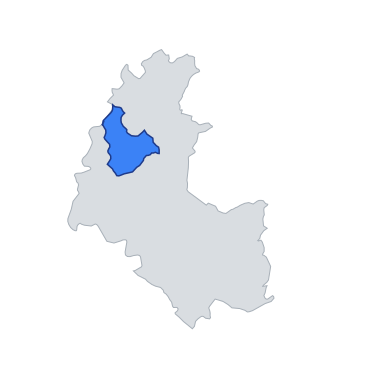 where Kankan sits in Guinea, rotated 217°
{"feature_id": "GIN-5641", "entity_name": "Kankan", "entity_type": "Prefecture", "adm_level": 1, "iso_a3": "GIN", "parent_name": "Guinea", "parent_adm1": "", "projection": "robinson", "projection_center": [-8.816, 10.042], "detail": "fine", "context": "in_parent", "style": "filled", "palette": "blue", "viewbox_px": 384, "rotation_deg": 217, "n_neighbors": 0, "source": "natural_earth", "source_scale": "10m", "svg_char_len": 4900}
<svg xmlns="http://www.w3.org/2000/svg" viewBox="0 0 384 384"><g transform="rotate(217 192 192)"><path d="M229.9,250.3L227.2,249.9L226.0,250.5L222.4,255.2L220.2,257.1L216.9,256.5L215.7,256.9L214.8,256.3L216.0,253.7L217.7,248.5L222.2,243.3L222.2,242.2L220.4,239.2L218.6,235.0L218.6,230.6L218.2,227.4L214.3,226.5L213.6,225.9L213.5,224.9L215.7,219.3L215.9,218.2L215.6,217.2L213.2,214.4L209.5,209.1L203.1,198.3L200.7,196.1L198.4,192.8L197.5,190.7L195.1,189.9L172.7,190.1L172.3,192.9L164.6,194.8L159.8,192.6L154.6,193.9L152.0,195.3L150.0,201.6L148.9,202.9L147.7,205.8L146.7,207.3L145.5,210.4L143.0,214.8L140.3,217.7L135.9,219.2L134.4,223.9L133.4,225.6L131.7,227.0L129.8,227.9L126.2,227.0L124.1,227.8L123.8,226.6L124.9,222.9L124.0,221.0L120.5,217.2L120.2,215.3L119.1,213.0L114.5,208.0L110.1,208.3L111.4,204.2L111.3,198.7L109.9,195.7L110.2,192.7L109.4,192.9L108.0,195.0L105.7,194.3L100.9,191.0L98.6,187.9L98.3,185.2L97.8,184.2L96.3,184.7L93.4,184.7L84.4,179.9L78.0,167.8L77.9,165.1L78.9,160.4L78.7,159.2L75.7,162.3L75.2,160.2L72.9,155.4L72.3,152.6L70.1,151.3L68.4,151.1L67.1,152.0L65.3,157.7L64.0,157.7L62.6,156.5L62.9,152.2L66.4,147.0L72.3,133.6L74.4,130.6L75.7,129.5L78.4,129.4L83.8,127.6L90.4,123.5L95.4,123.8L101.3,123.3L109.1,120.4L109.2,111.5L108.9,109.5L106.2,107.7L104.6,106.2L103.2,104.2L101.6,102.8L101.6,101.3L105.1,99.4L108.2,99.4L109.3,98.7L110.0,97.4L110.9,94.2L111.3,90.8L109.2,86.2L109.4,83.0L120.7,83.4L126.9,84.3L132.0,84.6L132.8,85.3L132.1,88.5L132.7,90.3L134.5,90.8L137.3,88.6L138.8,89.1L142.0,91.8L144.9,92.6L148.1,94.1L151.2,94.9L153.9,94.8L155.9,96.3L159.7,96.8L164.6,94.8L168.4,94.0L173.8,93.8L176.6,94.4L184.8,92.9L191.3,93.7L190.3,94.8L187.3,101.9L187.7,103.2L194.2,109.3L195.8,109.7L197.6,108.9L200.4,106.1L202.6,103.1L204.8,101.6L207.3,101.7L209.3,103.8L213.9,112.8L215.1,113.9L216.2,113.9L218.3,112.2L219.3,110.3L223.6,104.3L230.3,101.4L246.3,108.2L248.6,108.7L250.0,108.2L252.0,104.2L258.0,100.7L260.8,99.8L262.5,99.7L263.1,98.6L263.4,96.9L263.1,95.3L261.2,92.2L261.2,91.3L262.2,90.7L264.5,90.3L267.5,90.6L270.8,91.9L273.5,93.8L275.1,96.1L278.0,105.5L281.4,113.0L281.3,122.9L282.8,123.9L284.4,124.4L285.1,125.2L286.8,129.3L288.3,130.5L290.2,130.7L293.6,133.4L295.8,134.4L296.1,135.2L296.1,136.3L295.2,137.7L291.9,140.4L290.2,142.8L286.8,148.4L286.7,149.5L287.4,150.2L288.8,150.4L290.3,150.0L293.5,147.9L295.9,148.6L298.3,150.2L299.1,151.8L299.4,154.0L298.8,156.8L298.7,159.9L299.5,165.1L300.8,170.4L302.0,172.3L309.9,176.9L310.6,178.7L311.0,180.6L310.5,183.3L309.7,184.8L305.3,188.9L304.7,190.9L305.0,194.5L305.3,209.9L307.0,212.5L309.1,213.9L313.8,213.1L313.7,217.4L313.0,222.2L315.8,223.7L317.2,225.2L318.0,226.5L313.6,229.1L312.3,230.6L311.8,234.6L311.9,238.3L317.8,240.9L320.0,244.0L321.0,247.2L321.4,253.3L320.9,254.7L319.4,254.7L316.4,251.0L311.8,250.6L308.4,249.9L302.8,250.4L301.8,251.5L301.2,259.6L302.5,260.9L305.2,262.5L307.0,263.1L308.5,262.9L309.6,263.9L309.8,266.6L309.1,268.5L307.6,270.3L305.7,275.0L306.1,279.3L302.9,286.1L302.0,287.4L297.8,286.1L295.1,285.6L293.1,287.4L290.3,284.7L289.8,282.6L288.8,282.2L287.0,282.2L285.3,283.3L284.5,285.5L284.1,289.9L281.1,294.0L278.9,299.2L276.4,298.7L275.8,299.3L273.2,300.7L270.9,301.0L270.3,299.7L268.9,298.5L267.4,296.4L265.7,294.6L262.5,293.3L261.2,293.9L259.7,293.8L258.7,293.1L258.8,292.0L260.5,289.3L261.5,286.8L262.0,284.1L262.0,281.5L261.1,277.9L259.7,275.0L259.3,273.4L259.5,271.0L259.1,268.8L258.7,267.6L258.0,263.4L257.1,262.7L256.6,259.3L256.8,255.9L255.5,254.6L253.5,253.6L252.4,252.3L251.7,250.8L251.0,250.4L250.3,250.4L249.8,251.4L249.1,251.6L248.0,248.4L247.5,248.2L246.7,249.0L237.6,252.5L236.4,249.5L234.7,248.9L231.6,250.2L229.9,250.3Z" fill="#d9dde1" stroke="#a8b0b8" stroke-width="1"/><path d="M304.8,191.8L304.0,192.1L304.0,192.5L304.1,192.9L304.3,193.2L304.4,193.3L304.6,193.3L304.8,193.4L304.9,193.6L305.0,194.3L305.0,194.5L304.8,194.6L304.7,194.8L304.8,195.1L305.0,195.2L305.7,195.1L305.8,196.0L304.5,206.4L304.5,206.8L304.5,207.6L304.6,208.5L304.8,209.3L305.0,209.9L307.1,213.2L307.7,213.9L304.9,213.7L302.7,214.9L300.6,216.1L298.9,216.4L296.6,215.2L295.1,214.7L293.3,214.5L293.8,211.5L293.5,208.9L291.8,206.4L290.1,204.7L288.0,203.8L286.5,203.1L282.9,202.8L281.5,202.5L280.7,200.9L279.1,200.2L274.2,200.5L270.7,202.6L268.8,204.3L267.5,209.9L267.2,212.7L262.9,211.1L255.7,211.4L252.9,208.3L251.7,208.1L251.4,208.1L248.5,207.5L245.7,207.7L243.6,205.9L241.4,203.0L242.6,202.2L245.1,201.7L246.4,199.8L247.7,198.9L247.8,196.7L249.0,194.9L250.4,193.7L250.7,189.7L249.8,187.9L249.8,181.7L251.0,178.5L251.6,172.3L253.3,170.2L257.1,165.7L258.9,162.7L260.1,160.9L261.9,159.8L264.5,160.9L267.5,161.6L269.4,162.6L276.3,163.2L276.6,167.4L276.9,169.7L278.6,171.8L280.1,172.4L282.6,173.0L283.9,174.1L284.5,176.5L284.7,178.5L286.5,180.5L290.0,181.1L293.4,181.8L295.0,182.7L295.4,184.7L296.4,187.5L298.2,189.6L301.0,190.7L302.7,191.5L304.8,191.8Z" fill="#3b82f6" stroke="#1e3a8a" stroke-width="1.5"/></g></svg>